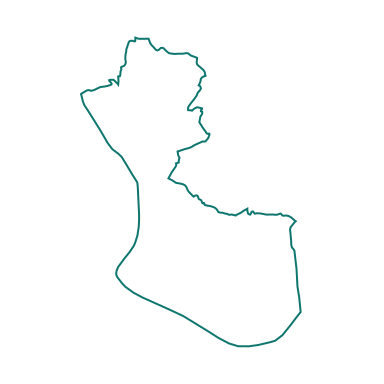 Lam Thao, Phú Thọ, Vietnam, rotated 354°
{"feature_id": "81297802B85606551737880", "entity_name": "Lam Thao", "entity_type": "district", "adm_level": 2, "iso_a3": "VNM", "parent_name": "Vietnam", "parent_adm1": "Phú Thọ", "projection": "mercator", "projection_center": [105.304, 21.326], "detail": "fine", "context": "isolated", "style": "outline", "palette": "teal", "viewbox_px": 384, "rotation_deg": 354, "n_neighbors": 0, "source": "geoboundaries", "source_scale": "gbopen_adm2", "svg_char_len": 3852}
<svg xmlns="http://www.w3.org/2000/svg" viewBox="0 0 384 384"><g transform="rotate(354 192 192)"><path d="M287.7,260.9L286.1,258.2L285.6,257.7L285.2,254.9L285.5,250.6L285.6,241.2L285.6,239.4L286.6,237.1L290.9,232.8L292.1,231.9L290.9,230.8L290.0,229.8L288.2,227.9L285.5,225.9L283.0,225.2L281.5,225.2L280.1,225.1L279.2,224.5L278.3,223.1L277.7,222.7L277.0,222.8L274.8,223.4L272.7,223.4L269.8,222.8L263.8,222.3L258.6,220.7L257.4,220.4L253.9,219.9L253.0,220.1L252.1,220.1L251.6,219.2L251.2,218.8L250.7,217.8L249.8,217.7L249.1,218.1L248.1,220.0L247.4,220.6L246.7,220.3L245.9,219.6L245.5,219.3L245.3,218.0L245.1,216.3L245.3,214.4L242.0,215.8L238.3,217.8L233.0,219.7L232.9,219.9L228.9,218.5L227.3,218.6L226.3,218.5L225.2,217.7L224.4,217.3L223.8,217.3L222.3,216.7L219.9,215.7L218.0,215.5L217.3,215.2L216.1,214.7L215.3,212.8L214.3,211.2L213.0,210.0L211.3,209.0L208.1,207.7L206.5,207.4L203.9,206.4L203.3,206.2L203.0,205.7L203.1,204.8L202.7,204.1L201.5,204.3L201.2,204.2L200.7,202.7L200.4,201.3L199.6,200.6L198.1,199.8L197.8,198.9L197.6,197.7L197.1,196.4L196.1,195.8L194.7,195.9L193.7,196.4L193.1,196.8L193.0,196.7L192.4,196.0L188.8,191.4L187.7,189.2L186.8,186.1L185.5,184.4L183.5,183.2L180.9,182.3L177.0,181.2L173.8,178.5L170.0,176.0L173.8,170.4L178.5,164.9L179.1,163.6L179.3,162.0L179.2,161.8L180.1,161.6L181.7,161.4L182.0,161.0L182.0,159.8L182.5,158.2L183.1,156.8L183.1,156.2L182.6,155.4L182.1,154.1L182.0,152.2L181.9,150.2L183.9,149.8L189.8,148.5L192.7,148.1L196.0,147.3L199.2,145.7L202.5,144.6L208.0,142.8L209.6,143.2L210.9,142.9L212.1,141.7L212.8,141.0L213.6,140.2L213.8,140.1L215.4,136.7L215.3,135.8L213.5,135.7L212.8,135.3L212.4,134.5L211.7,133.1L209.3,129.0L208.3,126.8L206.6,123.4L207.7,119.7L208.1,118.2L208.6,117.4L210.2,115.5L210.5,114.3L210.5,113.1L209.3,112.7L209.6,111.4L210.6,110.5L210.7,109.9L207.2,108.6L205.7,108.3L204.0,108.9L202.2,109.8L200.3,111.3L200.1,111.9L200.2,111.1L199.7,110.6L197.8,110.4L196.7,110.2L196.7,108.8L197.4,106.7L200.6,103.2L204.2,99.5L206.7,96.6L208.1,93.9L210.7,91.5L211.7,89.9L211.2,87.6L209.8,86.6L210.4,85.7L211.6,83.8L212.3,81.7L212.6,80.5L213.8,79.2L215.6,78.3L217.6,77.9L217.3,76.2L217.2,74.3L216.7,72.9L215.5,71.2L214.8,70.5L213.1,68.6L210.8,66.2L210.2,64.8L210.3,63.0L211.1,59.1L210.9,59.0L208.3,57.7L206.4,56.8L204.6,55.8L203.5,54.5L202.4,53.6L200.6,53.3L197.5,53.5L192.2,53.0L189.2,52.9L186.0,52.2L183.6,51.5L182.2,50.2L180.4,48.2L179.0,46.3L178.1,45.6L177.2,45.5L176.0,45.5L173.6,47.3L172.2,47.5L171.0,46.9L169.0,44.0L167.3,41.9L166.0,39.6L164.8,35.0L160.3,34.6L155.1,34.1L151.8,32.6L151.6,34.6L151.2,36.1L150.3,36.2L148.7,35.4L146.6,35.2L145.5,35.6L144.8,36.4L141.6,43.4L141.2,45.7L140.2,48.6L139.7,51.5L139.6,52.9L139.8,56.0L139.3,57.2L138.8,58.3L137.9,59.2L137.1,59.7L135.6,60.0L134.7,60.3L134.4,60.8L134.5,61.3L134.6,62.6L134.2,63.3L133.6,64.4L133.2,66.5L132.8,68.5L132.3,69.4L131.4,69.4L130.9,69.2L130.5,69.8L130.6,70.7L130.5,74.1L129.8,77.4L129.2,76.4L126.5,73.1L125.5,72.2L124.0,72.0L122.4,71.9L121.3,72.1L121.3,72.7L122.2,73.9L123.3,75.5L123.4,76.1L122.6,76.9L120.4,77.4L118.8,77.7L115.7,78.0L112.0,78.0L108.2,79.3L105.8,80.2L103.0,80.8L101.5,80.6L100.3,79.9L98.3,79.9L95.9,81.0L91.9,82.9L93.0,90.7L94.0,94.3L96.7,99.5L99.2,104.5L106.9,120.3L113.4,134.7L117.2,141.0L120.1,143.8L122.7,146.2L123.8,147.5L125.7,149.7L129.9,158.5L134.1,167.7L138.3,176.2L138.6,177.3L138.6,181.3L137.8,195.3L137.1,207.9L136.5,213.9L135.5,220.6L133.2,229.5L130.4,236.0L128.6,239.3L123.6,245.3L117.4,251.5L110.8,258.8L109.1,261.7L108.3,264.1L108.0,266.0L108.7,268.7L113.0,275.6L116.0,279.5L123.3,286.0L131.5,291.6L158.8,307.5L170.4,314.5L170.5,314.6L193.7,332.4L203.1,339.9L213.0,346.5L217.7,348.5L221.7,350.2L232.3,351.4L241.7,351.1L253.6,349.6L259.2,348.6L267.0,343.8L276.1,334.7L283.3,327.0L287.5,322.7L287.6,308.0L287.0,296.8L287.5,287.6L287.9,279.3L287.7,260.9Z" fill="none" stroke="#0f766e" stroke-width="2"/></g></svg>